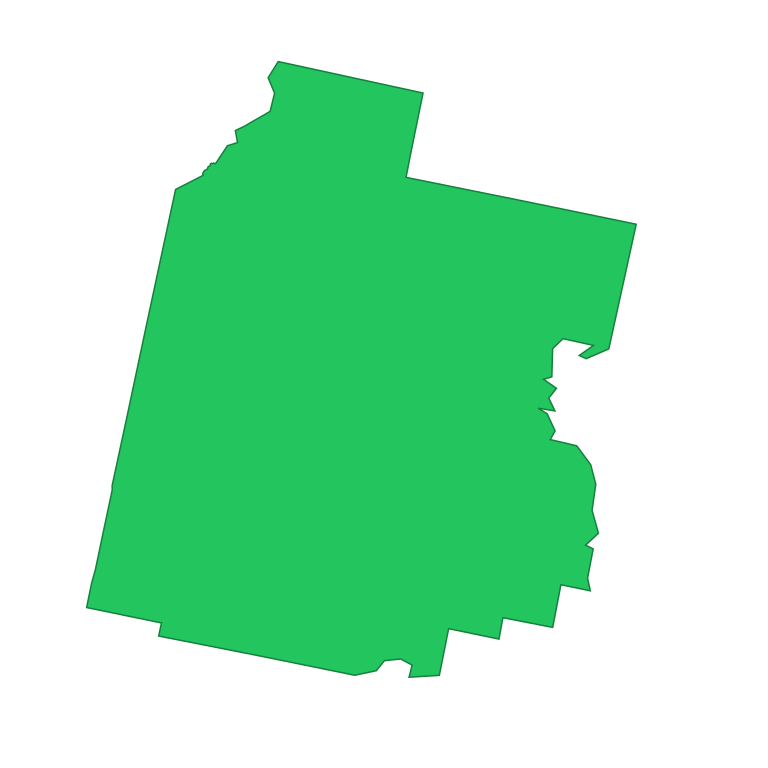 Marion, Florida, United States of America (Equal Earth projection), rotated 102°
{"feature_id": "52423323B27040576130410", "entity_name": "Marion", "entity_type": "district", "adm_level": 2, "iso_a3": "USA", "parent_name": "United States of America", "parent_adm1": "Florida", "projection": "equal_earth", "projection_center": [-82.102, 29.24], "detail": "fine", "context": "isolated", "style": "filled", "palette": "green", "viewbox_px": 768, "rotation_deg": 102, "n_neighbors": 0, "source": "geoboundaries", "source_scale": "gbopen_adm2", "svg_char_len": 1141}
<svg xmlns="http://www.w3.org/2000/svg" viewBox="0 0 768 768"><g transform="rotate(102 384 384)"><path d="M675.0,352.1L666.0,331.9L654.5,326.0L649.5,310.5L653.1,298.1L665.6,298.5L657.5,269.3L609.9,269.9L609.6,218.5L587.9,219.1L587.0,168.4L543.6,169.2L543.4,139.2L531.6,144.5L501.8,145.1L499.7,153.3L485.4,143.2L464.3,154.2L438.0,156.0L420.0,165.0L404.4,182.6L403.8,209.8L394.3,206.9L379.2,218.2L375.6,228.2L374.8,211.2L363.5,219.9L352.4,214.4L346.2,228.9L342.1,221.3L314.4,226.4L302.5,218.4L302.7,187.1L315.5,199.0L317.2,191.5L302.9,171.4L175.3,170.5L176.0,278.6L177.3,405.4L153.2,405.8L91.3,406.3L90.6,554.5L108.5,561.0L122.3,551.5L141.0,552.1L161.6,575.0L166.9,582.1L178.3,577.5L183.5,586.7L203.6,594.6L203.3,596.8L204.1,597.5L204.0,598.7L204.4,599.3L204.8,599.5L206.3,599.5L207.0,599.7L207.8,601.0L208.5,601.3L210.4,601.4L211.8,602.9L212.4,603.8L213.1,604.3L214.1,604.4L214.9,605.0L216.6,604.9L217.3,604.3L217.6,604.4L237.0,628.3L378.8,628.6L471.0,628.6L540.0,628.8L544.3,627.8L597.1,627.8L624.9,627.7L640.0,628.6L664.5,628.4L664.0,552.0L677.4,552.0L675.8,446.3L675.0,352.1Z" fill="#22c55e" stroke="#15803d" stroke-width="1.5"/></g></svg>